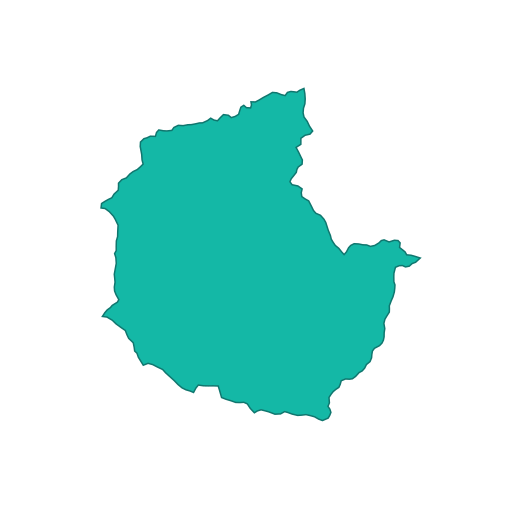 outline of Bebedouro, São Paulo, Brazil, rotated 132°
{"feature_id": "56859067B9954918169852", "entity_name": "Bebedouro", "entity_type": "district", "adm_level": 2, "iso_a3": "BRA", "parent_name": "Brazil", "parent_adm1": "São Paulo", "projection": "albers", "projection_center": [-48.528, -20.939], "detail": "fine", "context": "isolated", "style": "filled", "palette": "teal", "viewbox_px": 512, "rotation_deg": 132, "n_neighbors": 0, "source": "geoboundaries", "source_scale": "gbopen_adm2", "svg_char_len": 3440}
<svg xmlns="http://www.w3.org/2000/svg" viewBox="0 0 512 512"><g transform="rotate(132 256 256)"><path d="M333.8,96.5L328.2,93.9L325.3,94.5L322.1,95.7L320.4,98.6L319.6,101.9L316.0,103.2L312.3,107.1L308.4,107.7L305.1,107.9L301.6,107.4L298.2,106.5L295.1,107.5L291.7,109.2L287.5,107.2L285.0,104.1L282.7,102.2L278.7,101.4L273.7,101.4L270.4,100.2L266.7,100.2L262.8,101.3L258.2,100.6L254.3,102.0L251.7,104.0L248.7,105.9L245.3,106.2L239.9,104.2L236.4,104.1L233.3,105.0L230.4,106.7L227.3,109.4L223.8,111.7L220.5,115.9L216.7,117.9L213.2,118.6L208.5,119.4L206.1,121.4L203.8,123.6L198.9,125.5L194.7,126.9L190.2,129.1L187.1,131.3L184.5,133.4L182.9,136.3L179.0,139.9L176.5,142.0L171.1,144.8L167.4,143.1L165.1,140.8L164.1,137.6L161.0,135.3L157.1,134.9L153.9,133.2L147.6,132.6L150.0,137.9L151.7,141.3L154.3,144.8L153.2,148.0L153.6,155.0L149.8,157.7L149.5,160.8L151.7,163.7L156.5,166.5L158.3,171.6L160.7,173.2L164.0,173.4L168.7,174.8L172.3,177.4L173.7,181.1L176.2,184.1L178.3,187.7L181.2,191.3L184.8,192.7L187.9,192.7L192.6,191.5L196.0,191.5L195.7,194.8L194.9,199.6L195.1,204.2L194.2,207.9L193.1,211.4L191.0,214.4L188.5,219.6L184.4,226.6L183.2,230.1L182.6,235.3L184.2,240.1L183.7,243.8L182.1,247.7L179.8,253.7L180.7,257.6L181.2,261.7L178.7,264.7L175.3,266.6L175.9,271.7L178.9,276.9L178.1,280.5L175.0,281.5L171.2,281.7L166.9,282.0L164.4,283.5L161.6,284.2L156.9,283.2L153.6,285.8L152.4,288.8L150.5,293.4L148.5,298.9L143.0,297.4L138.5,301.4L133.4,300.3L129.3,297.4L125.2,297.5L123.7,303.2L121.7,308.0L120.6,313.3L118.1,316.8L114.4,319.6L110.2,321.5L106.4,324.5L102.7,328.3L99.4,332.5L103.6,334.4L106.9,335.2L108.6,337.7L110.4,340.2L113.4,342.1L117.3,341.7L119.2,345.3L120.8,349.7L123.4,353.2L128.1,354.7L133.2,356.6L138.1,358.1L141.9,359.5L144.8,362.9L146.8,360.4L149.6,359.1L152.2,362.4L152.2,365.9L155.5,366.8L158.3,365.6L162.4,363.7L166.3,364.9L169.7,367.0L169.9,370.7L172.7,374.8L177.0,375.1L181.3,375.1L183.1,378.2L183.9,381.9L187.7,382.6L192.8,384.8L195.0,387.1L198.3,389.4L201.7,392.0L204.0,394.4L207.9,397.4L210.9,401.2L215.4,403.0L219.0,402.6L222.7,405.9L224.9,408.6L227.4,412.6L230.7,412.6L234.4,410.8L237.7,414.7L241.1,416.1L243.8,417.8L248.6,418.1L252.1,415.3L257.1,408.8L260.9,404.9L263.2,401.4L267.1,401.6L271.3,402.1L275.4,403.8L279.4,404.6L284.7,404.6L289.1,406.8L293.9,406.9L296.3,404.7L299.3,402.4L305.0,402.9L309.2,402.1L312.8,403.6L316.4,404.8L320.3,405.9L324.0,403.3L321.7,399.9L321.2,394.6L321.8,388.6L322.9,385.2L325.4,379.1L330.6,374.9L334.2,371.8L338.2,369.9L342.3,366.4L345.5,363.5L348.8,362.7L351.0,359.0L355.0,354.9L361.0,351.2L364.4,349.1L367.2,346.0L369.8,343.2L373.9,340.5L376.6,337.7L378.4,334.1L380.2,328.8L383.0,328.1L388.9,329.8L391.8,329.7L395.6,330.5L399.3,330.4L403.7,329.7L401.1,325.9L399.9,319.8L400.1,314.5L399.3,307.1L398.8,303.3L400.9,299.1L402.4,295.5L402.6,289.2L405.4,285.4L407.8,282.6L407.9,279.4L410.0,275.6L411.4,270.8L412.6,266.7L408.0,264.4L405.8,260.1L404.5,255.1L402.8,249.4L403.3,244.9L403.3,233.5L403.7,228.0L403.5,222.8L402.3,218.5L400.5,214.8L399.2,211.1L394.3,212.3L390.5,212.5L387.6,208.2L384.5,204.6L381.1,200.9L377.9,197.1L380.1,193.4L384.2,186.9L382.6,182.6L380.3,177.7L378.4,173.1L375.6,169.8L372.9,167.2L371.7,163.5L373.1,158.2L373.6,152.3L370.2,151.3L366.9,149.3L365.0,145.7L363.3,142.3L360.9,136.1L356.9,132.1L352.5,130.6L351.1,127.9L349.3,123.4L346.6,118.4L343.6,115.5L340.4,112.7L338.2,108.7L336.3,104.9L335.3,100.3L333.8,96.5Z" fill="#14b8a6" stroke="#0f766e" stroke-width="1.5"/></g></svg>